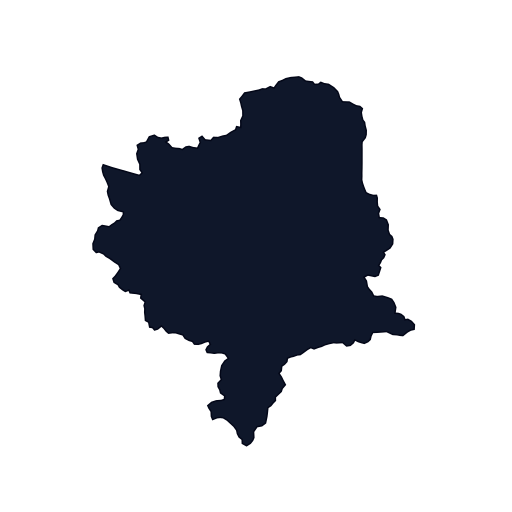 Piedade, São Paulo, Brazil (orthographic projection), rotated 16°
{"feature_id": "56859067B69793301724328", "entity_name": "Piedade", "entity_type": "district", "adm_level": 2, "iso_a3": "BRA", "parent_name": "Brazil", "parent_adm1": "São Paulo", "projection": "orthographic", "projection_center": [-47.435, -23.801], "detail": "fine", "context": "isolated", "style": "filled", "palette": "ink", "viewbox_px": 512, "rotation_deg": 16, "n_neighbors": 0, "source": "geoboundaries", "source_scale": "gbopen_adm2", "svg_char_len": 4147}
<svg xmlns="http://www.w3.org/2000/svg" viewBox="0 0 512 512"><g transform="rotate(16 256 256)"><path d="M317.6,85.0L314.6,83.6L311.0,84.0L307.6,83.4L303.3,82.3L296.6,84.0L292.5,80.5L290.9,77.8L289.1,75.5L284.4,72.8L278.4,71.0L274.0,71.6L270.4,71.2L268.7,73.7L264.9,74.9L262.4,73.1L259.4,73.6L255.4,74.2L250.9,72.3L247.8,72.0L244.3,73.4L240.3,74.9L235.9,77.3L233.1,79.9L229.8,82.3L228.1,86.6L227.1,89.6L223.0,89.3L219.2,92.9L216.0,93.6L213.3,95.6L209.7,97.5L205.0,100.0L200.1,102.4L198.5,106.6L197.1,109.7L199.2,112.9L200.8,115.9L203.3,119.9L204.8,124.9L204.0,130.0L205.1,133.4L205.9,136.7L201.7,137.0L201.6,140.3L197.7,144.1L194.4,148.2L191.0,149.9L186.9,152.6L182.5,153.7L180.8,157.4L175.1,158.4L171.1,155.8L168.7,158.5L171.2,162.2L170.6,165.2L170.1,168.5L165.6,169.2L161.5,169.1L158.6,170.5L155.8,174.0L152.7,173.9L149.0,174.7L145.4,175.1L141.1,172.4L137.9,171.3L140.1,168.8L138.6,166.1L135.7,167.1L132.6,168.8L128.8,169.1L125.0,167.9L120.6,170.8L119.3,176.6L117.1,178.1L114.0,179.3L111.3,182.3L113.5,185.9L113.2,190.5L115.5,195.6L119.1,199.8L120.6,204.9L123.7,207.4L121.7,210.7L93.2,210.8L84.0,210.4L83.8,213.8L85.4,217.2L87.3,220.3L90.0,223.1L92.5,226.0L95.4,229.8L95.4,234.8L97.1,238.1L99.5,241.4L102.6,246.4L106.6,249.0L110.6,250.3L116.4,250.1L117.1,253.0L116.3,256.2L115.3,259.2L112.5,260.6L111.0,263.3L108.8,265.7L106.8,268.4L103.3,268.7L99.7,269.1L96.8,272.4L96.9,275.4L95.6,280.1L96.4,284.3L95.9,289.1L97.7,294.5L101.5,296.7L104.0,295.3L109.0,296.0L111.9,297.6L116.0,298.6L122.2,300.9L126.4,302.1L129.2,305.4L127.9,309.8L126.3,314.2L124.7,317.2L126.9,320.5L131.3,321.6L133.4,323.7L137.3,325.3L140.2,326.1L143.2,323.8L145.1,326.1L151.2,325.0L156.3,324.6L156.8,328.2L162.2,330.7L162.1,334.5L163.7,337.3L164.5,340.7L165.9,344.1L167.5,348.4L171.1,349.2L173.4,353.7L176.3,353.3L178.9,355.1L181.6,353.3L184.4,349.3L187.5,350.9L190.4,353.0L193.2,354.3L196.9,352.7L200.2,351.9L203.6,352.0L207.5,352.0L210.6,354.7L215.0,355.6L218.5,355.6L221.1,357.7L224.8,356.8L227.6,355.2L230.7,352.7L234.0,350.8L236.5,353.5L234.4,356.8L233.8,359.9L235.7,362.2L239.2,361.5L242.7,361.0L246.1,359.5L249.9,358.5L253.4,358.6L257.8,362.0L255.0,365.5L253.3,370.8L253.7,376.7L254.6,381.0L256.8,384.4L254.5,388.8L255.6,392.1L258.1,394.6L259.7,397.4L264.5,399.1L265.1,402.6L262.5,404.4L257.7,406.2L253.7,408.9L250.9,413.1L252.8,415.3L255.8,417.9L257.3,422.4L259.4,425.1L263.1,422.2L266.1,421.0L269.1,420.5L273.5,421.7L277.3,423.6L281.7,425.8L285.5,428.8L287.1,431.9L289.7,434.7L293.3,436.2L294.5,439.9L299.2,441.0L302.2,437.6L303.6,434.2L304.0,431.2L302.1,425.6L304.0,419.8L308.4,417.6L311.2,413.9L310.7,407.4L310.1,403.6L309.2,398.5L311.5,395.8L312.9,392.5L314.5,389.6L313.5,386.3L315.7,382.5L317.6,379.3L317.7,376.1L319.7,371.7L316.0,367.9L313.8,365.4L310.4,362.5L311.9,359.3L311.1,354.8L313.2,352.2L314.8,349.0L314.4,345.6L317.2,343.4L319.6,342.1L322.9,339.7L325.7,338.6L327.9,335.9L331.2,331.6L333.9,328.9L337.4,329.3L341.0,326.6L343.9,324.8L346.6,322.4L350.3,320.1L354.4,317.9L357.5,317.3L363.2,315.3L367.9,317.5L371.3,315.9L373.5,312.6L374.1,309.4L378.0,310.1L381.4,310.2L384.2,310.1L387.2,307.5L388.8,304.8L388.6,301.1L389.3,297.3L392.9,296.1L398.4,294.1L402.4,292.6L409.1,293.7L413.3,292.8L416.5,292.5L419.1,292.0L422.5,287.2L425.1,284.6L428.2,282.9L427.2,278.4L423.4,276.0L419.4,275.0L416.8,276.3L414.8,273.5L411.3,272.1L408.5,272.0L405.3,272.7L404.5,266.8L401.4,262.8L398.3,260.2L394.3,259.8L388.4,259.7L383.7,261.6L380.1,262.0L377.2,258.8L373.8,256.7L371.5,254.8L369.0,249.6L365.6,246.6L368.7,243.5L372.1,243.2L376.0,242.9L378.8,240.7L379.1,232.8L376.5,231.3L377.4,228.0L377.7,225.1L379.2,222.4L379.6,219.2L377.4,217.3L379.8,214.7L382.6,211.4L384.0,206.7L383.0,202.2L381.2,199.8L378.4,198.5L375.8,194.8L374.5,189.5L371.4,185.4L367.9,184.4L363.9,185.2L362.0,181.3L362.3,177.1L359.1,174.5L357.6,170.7L356.6,166.9L355.1,164.5L351.9,165.5L347.8,165.5L344.3,164.8L342.2,162.2L340.3,159.7L338.1,156.5L336.6,153.7L335.7,150.1L334.8,147.1L333.6,142.5L332.2,137.4L328.4,124.1L327.1,119.8L326.5,116.9L328.4,112.2L328.4,109.0L327.3,104.8L324.9,100.7L323.5,97.6L321.2,95.9L319.2,92.5L317.6,89.0L317.6,85.0Z" fill="#0f172a" stroke="#020617" stroke-width="1.5"/></g></svg>